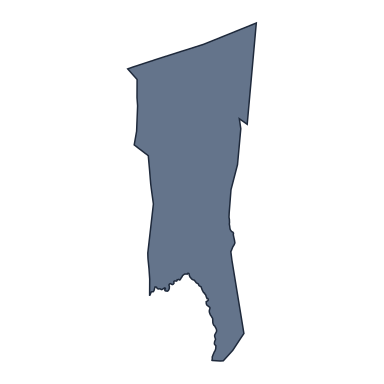 the district of San Bartolomé Yucuañe, Oaxaca, Mexico
{"feature_id": "50627088B7651687124924", "entity_name": "San Bartolomé Yucuañe", "entity_type": "district", "adm_level": 2, "iso_a3": "MEX", "parent_name": "Mexico", "parent_adm1": "Oaxaca", "projection": "equal_earth", "projection_center": [-97.458, 17.213], "detail": "fine", "context": "isolated", "style": "filled", "palette": "slate", "viewbox_px": 384, "rotation_deg": 0, "n_neighbors": 0, "source": "geoboundaries", "source_scale": "gbopen_adm2", "svg_char_len": 3358}
<svg xmlns="http://www.w3.org/2000/svg" viewBox="0 0 384 384"><path d="M256.3,23.0L203.6,44.3L184.2,50.5L183.8,50.6L183.4,50.7L182.6,51.0L182.3,51.1L181.8,51.2L180.6,51.6L180.0,51.8L179.4,52.0L178.0,52.5L177.7,52.5L176.3,53.0L174.4,53.6L168.4,55.5L167.6,55.8L167.0,56.0L165.5,56.4L163.7,57.0L162.7,57.3L162.4,57.4L161.5,57.7L159.3,58.4L155.9,59.5L154.9,59.8L153.8,60.2L152.7,60.6L151.8,60.9L150.7,61.2L149.5,61.6L142.5,63.9L142.0,64.1L141.3,64.3L138.8,65.1L137.1,65.7L134.5,66.5L134.2,66.6L133.7,66.8L133.2,66.9L132.8,67.1L132.7,67.1L132.4,67.2L131.1,67.7L129.4,68.3L128.4,68.6L127.7,68.9L137.1,79.5L137.0,97.8L137.6,105.9L136.6,131.3L134.2,144.9L137.7,147.6L138.3,148.1L144.0,152.4L144.7,153.0L147.1,154.7L147.6,155.2L148.3,155.7L148.4,157.1L149.6,170.5L150.7,183.9L151.5,190.2L153.4,204.0L147.8,253.0L147.9,256.6L148.0,258.9L149.0,268.9L149.7,279.1L149.6,295.8L150.5,293.8L151.0,292.4L151.6,291.8L153.2,291.7L153.9,290.8L154.3,289.8L154.6,288.3L155.1,286.9L156.5,287.2L157.3,288.6L158.4,289.0L159.6,288.8L160.3,288.9L161.3,289.6L162.1,289.5L163.3,288.7L164.4,288.0L164.9,287.9L165.4,288.7L164.7,289.8L165.0,290.6L165.4,290.9L166.2,291.0L167.3,291.2L168.3,290.6L168.9,289.6L169.3,288.4L169.4,286.4L168.9,285.0L169.4,284.1L170.2,283.6L170.5,283.6L171.4,284.2L172.2,284.6L173.1,284.3L174.0,283.2L173.9,282.3L173.8,281.8L174.1,281.2L174.9,280.9L175.6,281.0L176.4,281.1L176.9,280.8L177.2,280.1L177.2,279.7L177.4,279.7L178.1,279.7L178.7,279.4L179.8,280.0L180.6,279.0L181.0,278.2L181.6,277.4L182.2,276.5L182.5,275.7L183.8,274.6L184.6,274.1L186.6,274.0L187.0,274.1L187.3,274.1L187.8,273.3L188.3,273.3L189.0,273.7L189.0,273.8L189.2,274.6L189.2,274.8L189.5,275.8L190.1,277.2L190.9,278.0L191.2,278.5L191.8,279.1L192.5,279.5L193.2,279.9L193.7,280.0L194.0,280.1L194.4,280.3L194.9,281.0L195.5,281.7L195.8,282.2L196.2,282.7L196.8,283.1L197.5,283.5L197.9,283.6L198.2,283.9L198.5,284.3L198.7,285.0L199.1,285.7L199.6,286.0L200.3,286.4L201.0,286.7L201.8,288.9L202.5,290.6L203.2,291.8L203.6,292.7L204.2,292.8L204.6,293.2L204.7,293.8L205.7,294.9L206.4,297.2L207.0,298.5L207.4,298.3L207.8,298.5L208.0,298.8L208.3,299.9L208.2,300.3L207.9,300.6L206.9,301.3L206.2,301.6L206.2,303.2L206.4,304.0L206.6,304.7L207.2,305.4L208.3,306.2L209.8,307.4L210.0,308.1L209.5,309.8L209.3,310.6L209.3,311.7L209.5,312.7L209.7,313.2L210.0,314.0L210.3,314.8L210.8,315.5L211.4,316.4L211.9,317.3L212.4,318.0L212.7,318.9L212.7,319.6L212.7,320.1L212.8,321.7L212.8,322.5L213.0,323.4L213.2,324.0L213.6,324.9L214.0,325.5L214.6,325.9L214.9,326.3L215.3,327.2L215.8,328.0L216.2,328.8L216.4,329.4L216.6,330.2L216.5,331.6L215.7,333.1L215.1,334.2L214.8,334.8L214.6,335.7L214.7,336.5L215.1,337.9L215.5,339.0L215.5,339.5L214.6,341.6L214.4,343.1L214.4,343.6L214.4,344.0L215.0,344.9L215.7,345.5L215.9,345.9L215.8,346.7L215.8,348.3L215.5,349.4L215.1,350.7L214.5,351.5L214.0,352.6L213.0,354.9L212.7,355.8L212.2,357.0L212.3,358.2L212.0,360.4L212.4,360.5L220.4,361.0L223.3,360.8L232.8,350.3L240.4,338.7L243.9,333.5L242.6,325.5L231.9,260.1L230.8,251.4L231.2,251.0L232.8,246.9L234.2,244.7L234.9,242.9L234.5,240.3L234.0,238.1L233.5,235.8L233.3,234.4L233.5,233.2L232.8,232.1L231.7,231.6L230.8,230.5L230.2,229.4L229.9,228.1L229.7,226.2L229.3,224.0L229.5,222.7L229.4,219.5L229.0,217.2L229.2,212.8L231.0,189.7L237.5,164.7L240.8,128.7L239.3,118.7L247.2,124.3L256.3,23.0Z" fill="#64748b" stroke="#1e293b" stroke-width="1.5"/></svg>